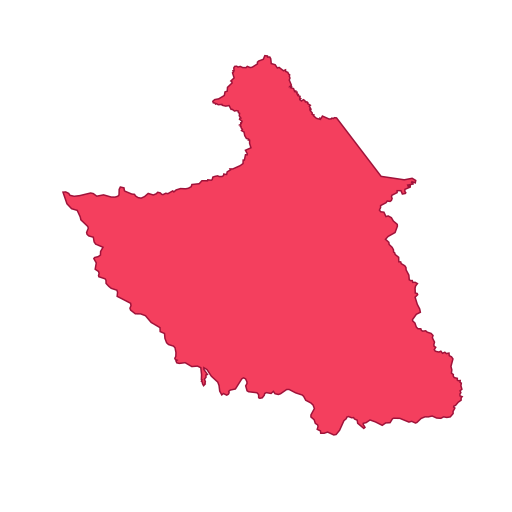 Pong Nam Ron, Chanthaburi, Thailand, rotated 349°
{"feature_id": "78962969B84278316034538", "entity_name": "Pong Nam Ron", "entity_type": "district", "adm_level": 2, "iso_a3": "THA", "parent_name": "Thailand", "parent_adm1": "Chanthaburi", "projection": "orthographic", "projection_center": [102.37, 12.957], "detail": "fine", "context": "isolated", "style": "filled", "palette": "rose", "viewbox_px": 512, "rotation_deg": 349, "n_neighbors": 0, "source": "geoboundaries", "source_scale": "gbopen_adm2", "svg_char_len": 6088}
<svg xmlns="http://www.w3.org/2000/svg" viewBox="0 0 512 512"><g transform="rotate(349 256 256)"><path d="M406.5,450.6L409.5,449.7L412.5,450.9L416.0,451.0L419.4,448.3L419.8,446.1L422.2,443.2L421.2,442.0L421.6,441.1L423.4,440.7L426.6,438.1L429.8,436.7L430.3,434.4L431.5,433.4L429.6,432.3L429.8,430.4L431.0,429.3L430.6,427.2L432.7,426.1L432.4,422.4L433.3,420.0L432.2,418.9L432.7,417.2L430.7,417.0L429.9,416.1L430.3,414.5L427.4,413.2L426.7,411.4L427.1,410.0L425.5,408.3L426.5,405.1L426.3,401.6L429.7,394.6L428.7,392.3L426.7,390.7L426.9,388.1L424.2,388.1L423.0,386.5L420.5,387.1L419.3,384.7L417.2,385.2L413.9,383.7L413.1,382.0L415.0,379.9L413.6,378.6L413.7,376.8L414.8,374.6L413.5,369.9L414.6,367.8L413.1,365.4L409.5,363.4L408.3,361.8L405.3,361.6L404.1,360.5L403.9,358.9L401.1,358.3L399.8,356.3L399.2,352.1L397.4,349.6L397.5,348.3L402.3,343.8L406.6,342.6L406.6,339.3L405.1,334.2L404.3,326.8L407.3,324.8L407.1,323.6L405.3,322.7L406.0,317.9L407.0,315.8L409.2,313.9L407.2,312.2L404.9,311.8L404.7,309.9L403.2,309.7L401.9,308.6L402.4,303.9L400.7,298.3L401.0,295.9L400.2,294.0L397.1,291.2L396.9,289.4L395.1,288.9L395.8,284.5L392.9,281.1L392.7,279.2L391.8,278.4L392.1,276.1L391.3,273.5L388.9,270.1L389.0,267.9L386.3,264.3L389.4,262.0L397.0,259.5L400.5,253.7L400.7,251.9L397.5,247.9L396.2,244.2L393.4,241.9L391.1,242.1L389.9,237.4L386.9,236.4L385.9,234.5L387.5,232.3L387.9,230.3L393.8,228.5L395.3,227.1L398.0,228.0L399.5,227.3L400.6,225.5L400.3,223.7L401.0,222.3L406.6,220.7L407.0,218.8L410.7,219.5L411.5,223.1L414.5,223.1L415.1,222.5L414.4,221.0L414.9,219.0L420.5,217.8L420.9,216.3L418.7,216.7L418.4,215.3L423.9,215.3L423.9,214.4L422.8,213.6L423.3,212.8L426.3,214.6L427.2,212.3L424.1,209.5L416.1,209.5L394.0,201.7L361.4,135.8L359.4,135.2L358.0,135.8L356.8,135.1L356.1,135.7L353.9,135.5L347.9,131.3L346.1,133.4L345.1,132.9L345.1,134.1L341.6,132.4L339.2,129.3L339.8,128.6L338.1,127.5L338.5,126.3L336.9,123.5L336.9,122.4L337.7,122.9L338.0,122.4L336.9,119.2L338.1,118.4L335.8,116.3L336.2,115.6L335.4,114.4L333.9,114.2L333.6,112.8L332.4,111.6L330.2,112.5L328.8,110.9L328.8,110.3L329.9,110.0L329.1,108.9L329.7,107.7L327.7,106.5L328.4,105.5L327.1,104.6L327.6,103.0L325.6,102.1L326.3,101.6L325.2,101.1L324.8,98.8L322.1,97.4L323.3,96.6L323.0,95.9L321.9,95.9L323.3,94.9L322.2,89.6L323.3,87.8L323.0,86.0L323.6,84.5L322.7,83.6L322.3,81.8L320.3,80.5L320.5,78.9L318.3,79.4L314.7,75.3L312.8,75.5L311.3,71.9L307.7,70.0L308.1,65.2L307.5,63.3L305.3,62.9L305.4,61.8L302.9,61.0L300.7,64.3L295.8,65.1L294.4,66.0L294.1,67.7L288.2,70.0L286.2,69.9L283.6,68.2L282.2,69.2L278.9,68.5L276.7,66.9L274.4,67.1L273.2,66.0L271.3,65.8L270.1,67.1L269.8,70.0L268.8,69.8L268.9,71.2L267.9,71.7L268.5,77.0L264.7,79.4L265.5,80.2L265.5,81.6L260.2,85.0L259.2,88.7L256.9,89.0L255.5,92.4L249.4,94.6L245.3,94.6L243.1,95.9L243.3,97.5L244.8,98.0L245.3,99.2L246.2,98.9L247.8,100.3L251.5,100.7L251.6,101.6L254.9,103.1L258.3,103.2L259.5,107.3L260.6,107.5L262.6,109.6L264.4,109.5L266.1,110.2L266.1,111.9L267.1,112.8L266.3,115.2L267.4,117.6L266.6,117.6L265.9,118.6L268.0,121.0L267.0,122.8L266.4,122.5L266.1,123.9L265.2,124.2L265.8,124.5L265.4,125.6L266.0,125.9L265.8,127.2L266.8,129.2L265.7,130.1L267.9,132.0L267.9,135.7L269.0,138.8L270.8,139.6L271.2,140.2L270.7,140.7L271.8,141.2L271.2,144.2L271.7,148.8L265.8,150.2L267.0,154.1L266.6,155.0L265.0,154.6L262.9,159.6L261.7,159.4L260.9,162.8L257.6,164.3L249.9,166.1L247.1,165.6L247.4,166.6L243.8,167.9L242.7,170.4L240.0,169.4L239.5,170.8L238.0,171.5L235.1,171.0L233.6,170.0L231.0,170.0L228.7,170.3L227.6,172.6L226.6,173.1L223.2,172.0L222.8,172.9L217.3,171.8L214.0,174.2L206.7,173.6L205.6,175.6L202.5,176.6L199.7,176.6L194.8,175.4L190.2,175.9L187.6,177.4L186.7,176.2L181.4,178.0L179.4,177.2L176.4,178.0L175.2,177.5L174.1,175.8L171.7,174.7L169.9,175.9L166.8,176.5L162.1,174.0L158.0,176.4L154.3,177.3L151.4,176.2L149.2,174.1L148.5,172.3L145.9,171.5L139.9,167.5L139.3,166.8L139.4,163.9L136.0,162.4L134.4,164.5L133.2,169.9L131.7,171.0L128.8,171.3L125.1,170.5L118.0,166.9L111.1,166.9L108.2,163.7L105.7,162.6L94.4,163.1L88.9,162.7L84.9,160.9L84.1,158.8L81.4,156.8L78.7,156.5L80.4,168.7L84.0,174.4L89.2,177.1L90.9,184.0L91.0,187.1L96.5,194.9L96.7,196.7L94.2,200.6L94.3,202.5L95.7,204.4L99.9,206.5L99.8,211.3L100.9,213.8L107.5,218.2L104.3,221.9L103.5,225.4L101.0,226.5L97.3,226.7L96.3,227.6L97.9,232.3L95.6,238.3L98.5,241.2L98.6,243.4L97.7,245.1L97.8,246.4L103.5,249.6L104.1,251.2L103.6,254.3L105.7,257.7L107.7,260.1L112.9,263.0L113.2,265.1L112.0,269.1L123.9,278.5L123.8,280.9L122.3,283.2L122.6,285.2L126.5,289.7L131.7,290.8L136.1,293.5L140.4,301.2L148.1,308.0L147.5,311.9L151.4,314.6L150.9,319.5L151.7,324.1L153.2,326.2L157.8,328.7L159.0,330.6L159.0,335.6L158.1,339.3L156.8,340.9L157.1,342.3L158.6,343.2L157.4,343.8L157.9,345.8L160.2,346.8L166.1,347.2L171.9,352.3L177.5,352.9L180.5,355.1L179.9,362.1L178.8,366.9L179.4,367.3L178.5,368.7L179.3,369.6L179.1,371.1L179.8,373.3L181.8,371.9L181.5,371.1L182.3,369.9L181.9,367.0L183.8,365.5L184.1,363.3L185.7,363.0L183.2,357.4L183.5,355.7L186.2,358.1L189.2,365.4L194.4,372.5L195.0,376.1L194.6,381.7L195.9,385.8L197.8,384.8L200.7,387.0L202.5,386.4L203.5,385.1L203.4,383.7L205.1,382.7L210.4,382.6L218.6,373.9L220.5,373.2L222.3,374.6L223.1,377.8L222.8,379.5L221.1,381.5L221.5,386.6L222.8,387.8L230.8,390.4L232.1,392.5L231.6,395.6L232.6,396.4L235.1,396.4L237.5,394.3L238.3,392.6L240.1,392.1L244.6,393.8L247.2,392.2L248.4,394.8L251.5,396.2L253.8,395.9L260.6,392.9L263.0,393.3L268.8,397.9L274.9,401.3L276.0,402.9L277.3,407.1L281.8,410.7L283.6,413.2L284.2,416.9L279.6,422.5L279.2,424.5L281.8,427.8L282.3,431.6L284.3,433.6L284.3,435.4L283.0,437.8L285.9,440.0L285.7,442.3L289.0,443.0L292.7,442.5L298.2,446.5L300.6,446.5L304.8,443.0L310.9,434.4L313.6,432.9L314.4,431.5L316.1,431.2L319.1,433.1L320.9,433.2L321.6,434.8L324.0,436.5L323.9,439.6L328.9,445.8L330.3,445.0L329.1,441.8L329.4,440.7L332.3,440.6L336.6,438.7L341.5,441.6L347.6,446.3L351.5,444.6L355.8,445.2L358.9,441.8L360.2,441.5L366.2,442.8L374.4,448.2L377.3,448.0L380.7,450.4L382.2,450.1L387.0,447.0L391.2,446.1L394.4,446.8L398.4,446.7L402.4,449.5L406.5,450.6Z" fill="#f43f5e" stroke="#9f1239" stroke-width="1.5"/></g></svg>